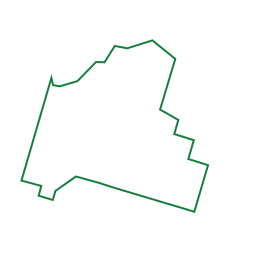 the district of Scott, Indiana, United States of America, rotated 17°
{"feature_id": "52423323B28319824001651", "entity_name": "Scott", "entity_type": "district", "adm_level": 2, "iso_a3": "USA", "parent_name": "United States of America", "parent_adm1": "Indiana", "projection": "robinson", "projection_center": [-85.762, 38.697], "detail": "fine", "context": "isolated", "style": "outline", "palette": "green", "viewbox_px": 256, "rotation_deg": 17, "n_neighbors": 0, "source": "geoboundaries", "source_scale": "gbopen_adm2", "svg_char_len": 468}
<svg xmlns="http://www.w3.org/2000/svg" viewBox="0 0 256 256"><g transform="rotate(17 128 128)"><path d="M40.1,102.5L41.5,209.4L62.0,208.8L62.4,218.9L77.1,218.8L77.0,209.4L92.4,189.6L107.8,189.2L116.5,189.0L133.2,189.2L215.9,188.7L215.4,140.2L194.8,140.0L194.5,120.4L174.0,120.3L173.8,105.6L153.3,101.0L153.0,48.1L125.7,37.1L104.0,52.0L91.4,53.4L86.3,72.0L78.1,74.3L65.9,98.0L50.5,108.1L43.9,108.9L40.1,102.5Z" fill="none" stroke="#15803d" stroke-width="2"/></g></svg>